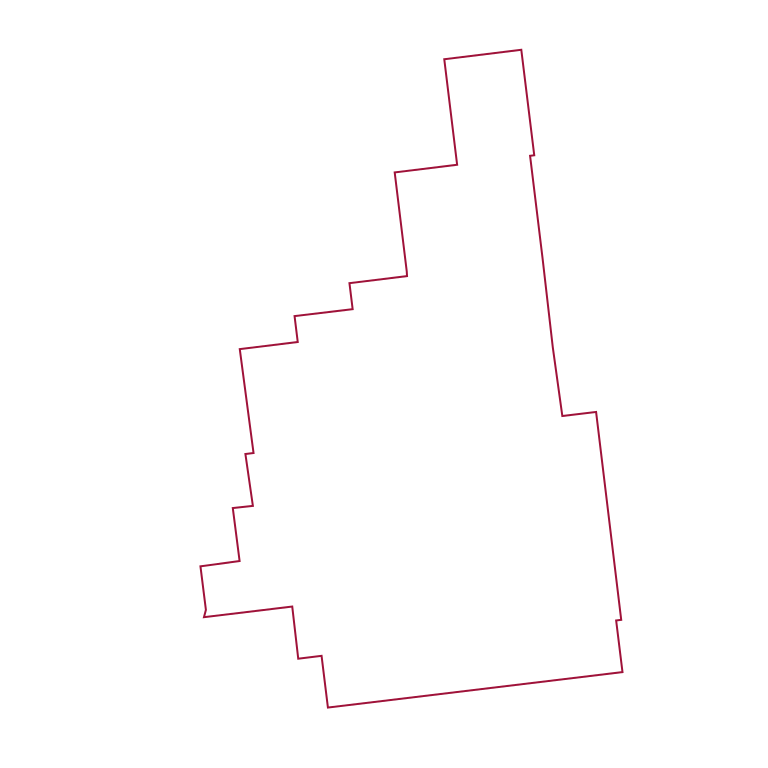 Sweet Grass, Montana, United States of America (Natural Earth projection), rotated 173°
{"feature_id": "52423323B34520294903194", "entity_name": "Sweet Grass", "entity_type": "district", "adm_level": 2, "iso_a3": "USA", "parent_name": "United States of America", "parent_adm1": "Montana", "projection": "natural_earth1", "projection_center": [-109.875, 45.696], "detail": "fine", "context": "isolated", "style": "outline", "palette": "rose", "viewbox_px": 768, "rotation_deg": 173, "n_neighbors": 0, "source": "geoboundaries", "source_scale": "gbopen_adm2", "svg_char_len": 571}
<svg xmlns="http://www.w3.org/2000/svg" viewBox="0 0 768 768"><g transform="rotate(173 384 384)"><path d="M284.6,699.0L284.7,592.7L347.6,592.7L347.7,492.9L348.0,488.3L406.0,488.3L406.0,462.1L464.5,462.3L464.5,436.2L522.9,436.2L521.9,331.4L530.1,331.4L529.0,279.0L549.2,279.3L548.9,225.9L588.4,225.4L588.3,181.5L591.1,174.5L502.2,174.3L502.6,121.8L479.1,121.8L479.1,69.7L182.4,69.0L182.4,90.7L182.4,121.0L177.3,121.0L176.9,330.4L210.9,330.5L212.0,399.8L211.3,489.8L211.2,592.7L207.0,592.7L207.0,699.0L284.6,699.0Z" fill="none" stroke="#9f1239" stroke-width="2"/></g></svg>